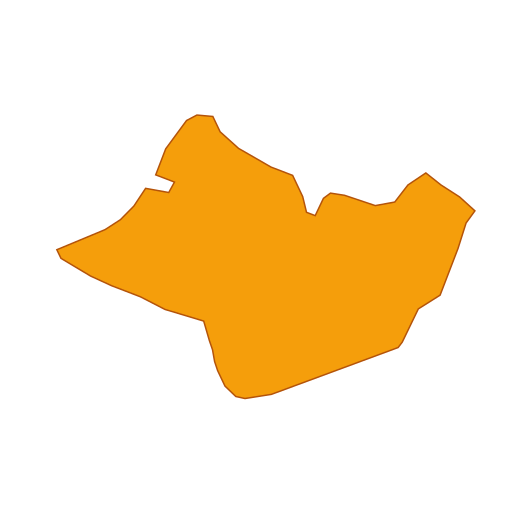 Bucheon-si, Gyeonggi, South Korea (Equal Earth projection), rotated 291°
{"feature_id": "91817680B41928523553758", "entity_name": "Bucheon-si", "entity_type": "district", "adm_level": 2, "iso_a3": "KOR", "parent_name": "South Korea", "parent_adm1": "Gyeonggi", "projection": "equal_earth", "projection_center": [126.801, 37.499], "detail": "fine", "context": "isolated", "style": "filled", "palette": "amber", "viewbox_px": 512, "rotation_deg": 291, "n_neighbors": 0, "source": "geoboundaries", "source_scale": "gbopen_adm2", "svg_char_len": 805}
<svg xmlns="http://www.w3.org/2000/svg" viewBox="0 0 512 512"><g transform="rotate(291 256 256)"><path d="M376.6,444.2L384.1,424.9L388.6,403.3L394.4,384.8L376.8,372.4L356.1,366.2L345.8,349.3L344.4,316.9L341.4,303.0L334.0,298.3L314.9,296.8L314.9,287.5L328.2,278.3L344.4,261.3L344.4,238.2L350.2,201.2L359.1,178.0L370.8,165.7L366.7,151.3L366.4,150.3L357.6,142.6L323.7,133.3L307.5,133.3L295.8,133.3L295.8,153.4L284.0,151.8L279.6,128.7L258.9,124.1L241.3,116.4L226.5,105.6L190.5,67.8L183.9,74.8L178.0,108.7L176.5,131.8L176.5,162.6L173.5,190.2L176.5,230.5L160.3,242.8L152.9,249.0L142.6,255.2L135.2,261.3L123.4,273.7L117.6,287.5L119.0,296.8L132.3,319.9L221.5,421.5L228.0,423.4L264.8,426.5L285.4,441.9L304.6,441.9L335.5,441.9L362.1,440.3L376.6,444.2Z" fill="#f59e0b" stroke="#b45309" stroke-width="1.5"/></g></svg>